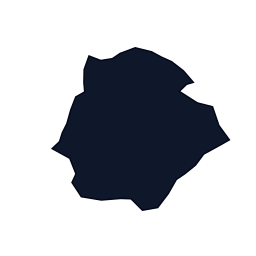 Strovolos, Nicosia, Cyprus (Mercator projection), rotated 51°
{"feature_id": "46923920B23243787591714", "entity_name": "Strovolos", "entity_type": "district", "adm_level": 2, "iso_a3": "CYP", "parent_name": "Cyprus", "parent_adm1": "Nicosia", "projection": "mercator", "projection_center": [33.346, 35.13], "detail": "fine", "context": "isolated", "style": "filled", "palette": "ink", "viewbox_px": 256, "rotation_deg": 51, "n_neighbors": 0, "source": "geoboundaries", "source_scale": "gbopen_adm2", "svg_char_len": 628}
<svg xmlns="http://www.w3.org/2000/svg" viewBox="0 0 256 256"><g transform="rotate(51 128 128)"><path d="M47.5,113.0L55.0,125.3L65.1,133.8L72.7,138.9L71.0,149.0L77.8,160.9L86.2,172.8L90.4,182.1L95.5,189.7L96.3,199.9L114.9,192.3L130.9,197.3L135.1,205.8L152.0,207.5L167.2,194.0L178.2,177.9L184.9,170.2L201.0,168.5L208.5,155.0L204.3,138.0L198.4,122.8L199.3,112.6L199.3,99.0L195.9,85.5L198.4,71.9L201.0,56.7L183.2,55.8L164.7,49.0L152.0,58.4L131.8,65.1L130.9,55.0L133.6,48.5L118.3,49.0L103.9,52.4L93.8,57.5L83.7,61.7L70.2,71.9L65.1,87.2L64.3,96.5L58.4,106.7L47.5,113.0Z" fill="#0f172a" stroke="#020617" stroke-width="1.5"/></g></svg>